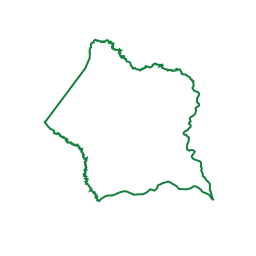 outline of Chirundu, Southern, Zambia, rotated 73°
{"feature_id": "96606910B35256638811207", "entity_name": "Chirundu", "entity_type": "district", "adm_level": 2, "iso_a3": "ZMB", "parent_name": "Zambia", "parent_adm1": "Southern", "projection": "mercator", "projection_center": [28.665, -16.104], "detail": "fine", "context": "isolated", "style": "outline", "palette": "green", "viewbox_px": 256, "rotation_deg": 73, "n_neighbors": 0, "source": "geoboundaries", "source_scale": "gbopen_adm2", "svg_char_len": 5779}
<svg xmlns="http://www.w3.org/2000/svg" viewBox="0 0 256 256"><g transform="rotate(73 128 128)"><path d="M49.9,144.2L58.4,151.4L96.7,203.6L98.0,205.9L103.2,204.0L105.7,202.6L106.5,202.5L106.9,201.4L107.7,200.5L108.7,200.2L109.3,199.5L110.5,200.0L111.7,199.2L111.8,199.5L112.3,198.4L112.8,198.1L112.9,197.6L112.4,196.8L112.9,196.5L112.9,195.7L113.4,195.5L113.7,195.8L114.8,195.0L115.6,195.3L115.9,194.9L115.7,194.9L115.7,194.5L117.3,194.1L117.4,193.6L118.2,192.9L117.7,192.2L118.3,191.9L118.1,192.2L118.4,192.4L119.4,191.1L120.0,190.9L120.4,190.2L120.7,190.6L121.3,190.0L121.8,191.0L122.1,190.7L122.0,189.9L122.4,190.2L122.2,190.3L122.4,190.7L124.1,190.2L123.9,189.5L124.3,189.5L124.9,188.0L125.5,187.7L125.1,187.8L125.0,187.0L125.8,187.1L126.2,186.4L126.3,186.7L126.8,186.6L127.4,185.3L127.8,185.0L128.0,185.2L128.4,184.7L128.3,184.1L128.7,184.1L129.3,183.4L129.5,182.9L129.2,182.1L129.5,182.2L129.4,181.9L129.4,181.2L130.4,181.1L130.6,180.6L131.5,180.6L132.6,180.0L132.5,180.7L133.4,180.5L133.7,179.9L134.4,180.0L134.5,179.2L134.6,179.4L135.3,178.8L135.9,179.1L135.9,178.4L136.1,178.4L136.7,179.4L137.2,179.5L138.1,178.6L138.8,178.5L139.3,178.8L140.5,178.1L140.9,178.6L141.0,178.5L141.1,178.9L141.8,179.0L141.6,179.3L142.5,179.5L142.8,179.1L143.9,178.9L144.3,178.1L144.7,178.4L144.8,177.9L145.5,177.5L145.3,177.1L145.8,177.4L146.1,177.2L145.9,176.8L146.5,177.1L146.2,177.3L146.4,177.9L146.8,177.9L148.2,178.7L148.0,179.1L148.6,179.1L148.7,179.3L149.1,178.9L149.7,179.2L150.7,179.0L151.6,179.2L151.2,179.7L152.1,179.9L152.4,179.5L153.5,179.4L153.5,179.8L154.2,179.7L154.6,179.9L154.7,180.4L155.1,180.3L154.9,180.6L155.4,181.0L155.1,181.0L155.2,181.7L155.4,181.8L155.6,181.3L155.6,181.6L156.5,181.9L157.1,181.8L157.3,181.3L158.0,181.5L158.3,182.1L158.4,181.8L158.5,182.4L159.4,182.4L159.3,183.1L159.8,183.1L160.2,182.7L160.4,183.0L160.1,183.3L160.4,183.3L160.3,183.6L160.9,183.4L161.1,183.8L162.0,182.4L162.1,182.9L162.6,183.2L163.3,183.1L163.6,183.5L163.7,182.9L164.6,182.8L164.4,182.4L164.6,182.1L164.9,182.6L165.2,182.2L165.3,182.6L165.7,182.4L166.6,183.1L166.8,183.9L167.0,183.5L167.3,184.1L167.6,184.1L168.5,183.6L168.4,184.1L168.9,184.4L168.9,183.8L171.1,182.6L171.8,182.6L172.7,181.9L174.0,181.9L174.6,181.2L174.9,181.4L175.3,181.0L176.0,180.9L175.9,181.5L176.4,182.0L176.3,181.6L177.0,181.7L177.0,181.3L177.3,181.1L177.5,181.4L177.4,180.8L179.5,179.8L179.2,179.4L179.6,178.7L180.0,178.7L179.7,179.3L180.1,179.9L181.2,178.8L182.7,178.8L183.0,178.2L183.5,178.2L183.4,177.9L184.2,178.2L184.3,178.4L183.9,178.6L185.0,179.4L185.7,178.8L185.6,178.0L186.4,178.5L187.8,177.9L188.3,178.5L189.4,176.8L189.1,176.6L187.8,174.1L186.6,169.2L186.7,167.0L188.0,162.2L187.1,154.3L187.3,150.7L188.0,148.2L191.7,143.9L193.0,142.7L192.9,142.2L193.6,141.6L194.3,138.1L195.7,133.1L195.1,129.1L193.2,124.9L193.2,124.4L195.5,121.4L195.4,120.7L194.5,118.4L191.3,115.7L191.5,113.6L190.9,112.1L190.9,105.3L192.0,103.9L198.1,98.3L200.8,97.3L201.4,96.7L203.9,89.5L204.0,85.3L202.9,82.6L203.5,80.5L205.7,78.2L208.1,76.5L208.8,76.0L209.9,76.0L211.2,75.1L212.6,73.2L215.8,69.7L216.7,69.6L220.5,68.3L222.0,67.1L220.4,67.7L214.5,67.6L213.6,67.4L211.5,67.9L205.5,66.1L204.8,66.1L199.8,68.8L198.1,68.8L195.8,70.6L194.6,70.3L194.0,69.8L191.0,70.4L189.4,70.2L188.7,69.3L187.9,69.2L186.3,69.6L183.5,68.5L181.8,68.4L180.9,69.0L176.8,74.5L175.1,75.3L174.0,75.4L173.5,75.1L170.6,71.4L169.8,71.0L168.6,71.9L167.8,73.3L167.4,74.5L167.6,76.1L165.7,77.8L164.9,77.8L160.7,76.0L158.7,74.1L155.2,72.5L152.0,74.4L151.5,74.4L151.1,75.8L150.5,76.3L149.8,76.5L148.8,76.1L148.0,74.8L147.5,73.4L147.6,71.6L146.4,70.3L145.3,67.8L143.4,67.3L141.7,68.5L140.6,67.8L140.0,66.2L137.3,66.2L136.5,65.6L136.0,64.9L135.2,61.9L133.8,59.3L130.8,57.7L128.8,57.6L127.9,55.7L127.7,54.2L127.1,53.4L125.8,53.0L124.6,54.0L123.1,54.4L120.0,53.4L117.3,50.5L115.6,50.1L114.8,50.2L113.8,51.1L112.0,53.6L109.2,54.7L108.0,54.4L107.3,53.1L106.7,52.8L103.3,52.3L102.6,51.7L102.2,51.8L101.6,52.9L100.4,52.8L99.8,53.8L97.6,54.0L97.3,54.7L96.2,55.4L95.7,56.1L94.6,56.4L93.4,58.0L92.2,60.7L91.2,60.8L90.4,60.4L89.4,61.0L87.7,61.0L86.9,61.7L87.0,62.7L86.4,63.8L85.8,63.9L85.7,64.3L85.7,64.6L86.8,64.3L86.9,64.5L87.0,65.8L86.6,67.4L86.3,67.6L86.5,68.9L85.6,69.1L85.1,69.7L85.2,70.3L84.8,70.8L85.0,71.3L84.2,72.0L84.6,73.1L83.6,73.3L83.5,73.9L82.3,75.2L82.2,76.0L80.8,77.0L80.2,78.0L79.2,77.9L79.0,77.0L78.5,76.6L77.7,76.7L78.0,77.2L77.4,77.8L77.4,78.3L78.1,78.6L78.2,79.5L77.8,79.0L77.0,78.8L76.0,81.6L75.7,82.0L75.1,82.1L75.2,82.8L74.3,83.0L74.4,84.4L74.8,85.9L76.0,86.5L76.7,89.2L75.4,90.3L75.2,91.3L74.0,92.8L74.4,93.4L75.2,93.4L75.6,94.6L75.3,95.0L75.8,95.9L75.9,96.4L75.6,96.5L75.9,97.1L75.5,97.7L76.5,99.2L76.5,99.6L75.2,100.6L74.3,102.8L72.5,103.9L72.4,104.9L72.8,105.2L72.8,105.7L72.5,106.0L70.3,106.3L69.1,107.0L66.6,106.8L65.3,107.3L63.9,109.8L62.5,110.0L61.5,109.6L60.9,110.9L59.6,111.6L59.6,112.0L58.9,112.5L58.4,111.8L58.6,110.8L58.1,110.8L57.7,111.7L56.9,111.6L57.7,112.1L57.9,112.5L57.5,112.8L58.4,113.7L57.4,113.8L57.1,114.3L54.7,114.5L54.2,113.6L53.3,114.8L52.8,114.3L51.8,112.0L51.3,112.9L50.2,113.2L50.4,113.6L51.6,113.9L50.4,114.7L49.5,117.3L47.8,117.8L49.0,117.9L47.5,119.6L47.1,119.3L46.5,119.8L45.4,119.5L45.3,119.1L45.9,119.0L46.0,118.5L43.7,117.7L43.2,117.2L42.8,117.3L42.5,117.9L43.2,118.1L43.0,118.6L42.6,118.5L42.4,119.0L41.9,118.8L40.5,119.3L41.1,120.0L41.2,120.9L40.8,120.8L40.5,121.4L40.1,121.0L38.5,121.6L37.5,121.5L38.3,122.0L37.8,123.1L38.7,124.9L38.5,125.2L38.7,125.6L38.2,125.8L38.6,126.3L37.9,127.4L38.1,127.9L37.7,128.1L37.9,128.4L37.3,128.7L37.2,129.4L36.4,129.7L35.7,131.0L35.8,131.8L34.8,132.4L34.0,134.1L35.1,135.4L36.1,135.7L35.9,136.7L36.2,138.1L36.9,138.3L37.1,139.1L40.0,139.7L40.3,140.6L41.6,141.7L42.8,141.8L44.5,142.8L45.6,142.5L46.2,142.9L49.9,144.2Z" fill="none" stroke="#15803d" stroke-width="2"/></g></svg>